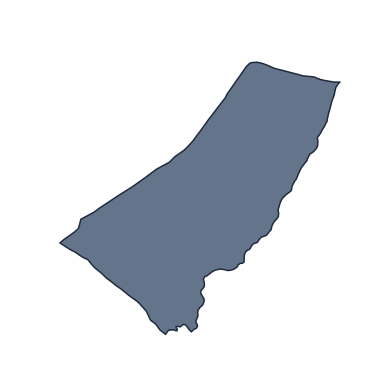 outline of Lower Jloh, Grand Kru, Liberia, rotated 15°
{"feature_id": "62588387B79313023095428", "entity_name": "Lower Jloh", "entity_type": "district", "adm_level": 2, "iso_a3": "LBR", "parent_name": "Liberia", "parent_adm1": "Grand Kru", "projection": "equal_earth", "projection_center": [-8.548, 4.874], "detail": "fine", "context": "isolated", "style": "filled", "palette": "slate", "viewbox_px": 384, "rotation_deg": 15, "n_neighbors": 0, "source": "geoboundaries", "source_scale": "gbopen_adm2", "svg_char_len": 2497}
<svg xmlns="http://www.w3.org/2000/svg" viewBox="0 0 384 384"><g transform="rotate(15 192 192)"><path d="M216.2,51.7L214.6,52.5L212.1,56.6L203.5,80.2L203.3,80.8L200.8,87.5L199.7,92.5L193.6,107.2L188.6,119.3L185.6,127.5L182.8,134.4L182.3,135.6L179.6,142.6L176.4,148.8L175.2,150.9L173.4,153.9L166.4,162.2L162.6,168.9L153.0,178.0L151.5,179.5L142.6,190.8L132.9,202.5L121.9,214.4L114.5,222.8L106.6,231.7L103.5,235.7L102.6,236.8L91.7,247.1L91.8,252.5L91.6,256.9L89.1,260.7L84.8,266.0L81.5,270.0L80.6,271.0L78.1,274.7L77.7,275.4L83.4,277.3L89.8,279.3L94.7,280.3L99.3,282.0L105.3,283.8L108.5,284.1L113.6,287.7L118.1,290.6L125.2,293.7L131.4,297.1L131.9,297.4L137.0,299.4L143.0,302.1L148.9,304.2L158.2,308.4L167.7,312.0L170.1,313.3L178.8,319.0L185.1,326.5L187.2,327.4L191.2,329.0L196.8,333.6L203.3,336.3L204.1,334.0L204.7,332.5L205.8,331.1L207.8,330.7L209.5,329.9L211.6,330.1L212.7,330.1L213.5,329.8L213.3,328.3L212.0,327.4L211.6,326.2L213.0,325.5L215.4,325.4L216.7,323.8L218.0,322.0L219.7,322.0L221.6,323.0L224.3,325.3L227.6,327.2L229.6,324.0L231.4,322.6L232.1,320.4L231.3,318.6L229.3,316.7L229.3,314.2L229.8,311.1L229.7,309.6L228.6,306.7L228.6,304.1L229.6,301.4L231.6,298.2L232.0,294.7L231.5,292.4L229.4,290.3L226.4,287.2L226.3,284.6L227.5,282.4L228.3,280.0L227.6,277.0L226.4,274.7L225.5,273.0L226.6,270.0L228.1,269.1L230.9,265.4L232.3,263.7L234.4,261.7L237.1,260.1L239.4,259.1L243.4,258.6L247.1,258.6L249.9,257.4L252.3,255.9L254.9,252.9L255.7,250.1L257.0,248.5L259.4,247.6L260.4,246.1L260.2,245.4L259.6,242.7L258.9,239.6L259.2,236.1L260.9,233.5L262.2,232.8L263.0,231.0L263.6,228.2L264.7,226.2L266.1,225.1L268.1,223.9L268.9,221.4L269.7,219.5L270.7,217.7L273.2,216.0L275.1,214.5L277.1,210.0L278.1,208.3L278.0,203.8L278.9,199.8L280.6,196.5L281.8,193.5L281.3,190.4L279.7,186.7L279.9,184.7L279.9,179.7L280.5,176.4L281.1,174.4L284.0,169.6L287.2,165.6L287.5,163.6L287.2,161.0L287.5,158.6L288.4,154.9L289.4,152.6L289.9,148.2L290.8,143.0L291.4,139.9L293.5,135.0L294.9,132.1L294.9,130.0L295.3,127.7L296.1,124.8L298.8,121.8L300.4,118.8L301.3,116.1L301.3,114.6L300.7,111.6L300.0,109.1L299.1,107.8L299.2,106.1L300.2,104.2L300.9,101.9L301.7,98.3L303.0,94.1L303.6,90.4L304.2,88.9L303.8,87.2L303.6,81.1L303.7,74.5L303.6,67.4L304.2,62.5L304.0,57.3L303.9,53.7L305.2,49.8L306.3,47.7L305.6,47.7L300.7,49.1L292.6,49.8L292.3,49.9L286.7,50.1L279.9,49.3L269.0,51.1L263.7,51.0L254.3,51.1L247.0,51.1L240.3,51.3L232.1,50.1L227.3,49.6L221.5,49.8L217.5,51.0L216.2,51.7Z" fill="#64748b" stroke="#1e293b" stroke-width="1.5"/></g></svg>